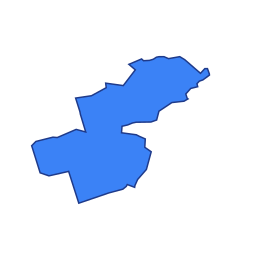 Sagadahoc, Maine, United States of America (Albers equal-area conic projection), rotated 240°
{"feature_id": "52423323B29513042802619", "entity_name": "Sagadahoc", "entity_type": "district", "adm_level": 2, "iso_a3": "USA", "parent_name": "United States of America", "parent_adm1": "Maine", "projection": "albers", "projection_center": [-69.847, 43.935], "detail": "fine", "context": "isolated", "style": "filled", "palette": "blue", "viewbox_px": 256, "rotation_deg": 240, "n_neighbors": 0, "source": "geoboundaries", "source_scale": "gbopen_adm2", "svg_char_len": 945}
<svg xmlns="http://www.w3.org/2000/svg" viewBox="0 0 256 256"><g transform="rotate(240 128 128)"><path d="M87.5,47.8L81.4,78.8L77.6,93.0L78.3,97.3L79.4,99.1L73.3,104.1L74.7,105.2L78.6,110.6L82.9,123.2L95.8,136.2L102.9,132.9L109.9,137.5L115.2,133.6L118.0,131.8L127.1,120.0L132.5,123.7L130.8,129.3L130.1,134.4L128.9,138.0L121.7,150.9L120.6,156.8L127.1,163.2L128.1,178.7L123.2,189.9L123.2,194.5L124.2,194.1L128.6,195.1L130.9,202.1L128.9,209.0L131.9,209.9L132.9,213.2L132.2,216.9L133.1,225.0L134.2,225.5L139.7,226.5L141.0,224.2L139.1,218.1L158.8,211.3L163.9,208.5L167.8,197.8L171.8,194.8L174.3,190.4L175.1,188.0L174.9,184.3L175.8,180.4L178.5,175.1L181.0,174.3L182.7,160.6L174.7,163.4L167.1,145.1L178.0,131.1L173.8,129.3L174.2,112.5L180.1,97.6L166.1,94.5L163.6,93.6L145.7,89.4L152.7,82.4L155.1,62.0L157.6,58.4L162.4,41.5L160.8,35.7L159.8,35.5L133.1,29.5L126.1,35.6L120.1,54.9L87.5,47.8Z" fill="#3b82f6" stroke="#1e3a8a" stroke-width="1.5"/></g></svg>